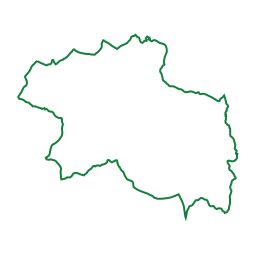 the district of Lolotoe, Bobonaro, East Timor, rotated 177°
{"feature_id": "22284137B16004980931012", "entity_name": "Lolotoe", "entity_type": "district", "adm_level": 2, "iso_a3": "TLS", "parent_name": "East Timor", "parent_adm1": "Bobonaro", "projection": "natural_earth1", "projection_center": [125.249, -9.146], "detail": "fine", "context": "isolated", "style": "outline", "palette": "green", "viewbox_px": 256, "rotation_deg": 177, "n_neighbors": 0, "source": "geoboundaries", "source_scale": "gbopen_adm2", "svg_char_len": 5749}
<svg xmlns="http://www.w3.org/2000/svg" viewBox="0 0 256 256"><g transform="rotate(177 128 128)"><path d="M75.0,35.3L74.4,37.5L73.6,41.3L73.0,42.6L70.6,46.7L68.5,47.2L67.6,47.7L64.3,52.1L63.8,52.3L61.6,52.3L59.8,53.8L58.6,54.3L57.7,54.2L56.5,53.6L56.0,53.0L55.3,52.5L53.9,52.4L52.9,51.7L52.3,50.8L50.8,46.4L50.4,46.1L49.3,45.5L48.7,45.4L47.2,45.7L46.2,45.2L45.5,43.8L43.8,42.4L43.1,42.4L41.9,43.1L39.6,42.8L39.1,42.5L38.5,41.7L37.8,40.1L36.5,39.5L35.8,38.1L35.0,38.5L34.1,38.6L33.4,39.1L31.4,41.9L31.3,43.7L30.3,46.4L30.1,47.8L29.9,50.2L29.9,53.4L29.8,55.1L28.6,57.5L28.1,59.0L28.0,59.6L28.1,60.3L28.7,61.5L28.9,62.2L29.0,63.2L28.8,64.7L27.7,67.0L27.2,69.2L26.5,70.2L26.0,70.6L23.7,71.7L23.1,72.4L23.1,73.0L24.0,74.1L24.7,76.3L26.2,78.3L26.5,79.0L27.5,80.1L28.6,80.8L28.9,81.3L29.2,82.7L29.1,83.1L28.5,84.0L28.5,84.6L28.8,85.5L30.1,87.6L30.3,88.3L30.3,89.6L30.1,89.9L29.2,90.2L26.1,89.3L24.9,89.2L23.5,89.6L22.7,90.1L21.8,90.8L20.8,92.3L20.6,93.1L20.6,95.2L20.1,96.4L20.9,96.8L21.4,96.6L21.5,96.7L21.6,97.2L20.7,98.9L20.8,99.7L20.9,100.0L21.6,100.5L22.5,101.6L21.7,105.5L23.1,111.2L23.7,112.4L25.6,114.2L26.0,114.4L26.1,114.8L26.3,116.0L26.0,122.0L26.3,122.4L26.6,122.5L26.8,123.1L26.8,123.7L26.7,124.8L27.0,125.3L28.3,125.7L28.6,126.0L29.1,126.9L30.0,127.8L30.4,128.7L30.3,130.1L29.7,131.4L29.7,133.0L29.5,134.1L30.0,134.5L30.0,134.9L29.5,135.0L29.4,135.6L29.4,136.2L29.7,136.7L30.0,136.8L29.7,137.4L29.9,138.1L29.6,138.3L29.4,139.4L29.0,139.9L28.7,139.9L28.5,140.0L28.4,140.6L28.4,141.5L28.3,142.2L27.3,143.4L26.9,144.2L27.4,145.8L28.6,147.2L28.6,148.0L29.5,152.8L30.3,155.5L32.0,153.6L33.9,152.4L34.5,151.8L34.9,150.7L35.4,150.0L36.4,150.0L37.6,150.6L39.3,152.0L43.0,154.4L49.2,157.8L50.7,158.3L51.6,158.3L53.3,158.0L54.1,158.1L54.6,158.3L55.7,160.0L56.2,160.1L57.5,159.4L58.4,159.3L59.0,159.5L61.0,160.6L63.3,161.3L64.2,161.3L65.5,160.9L67.9,160.7L68.9,160.9L69.7,161.2L70.5,161.8L71.2,162.6L72.6,163.7L74.9,164.2L80.1,167.1L81.8,167.4L83.3,167.4L84.1,167.6L85.0,168.2L85.5,169.1L86.0,169.6L86.8,170.1L87.9,171.6L90.3,173.5L90.6,174.0L91.2,178.2L91.7,180.3L92.9,182.5L92.8,184.2L92.5,185.1L91.1,186.6L90.3,188.1L89.6,188.7L88.6,189.1L88.2,189.7L88.8,191.6L88.4,193.8L87.6,196.8L85.3,201.9L85.2,203.9L85.3,205.7L86.0,208.0L86.3,208.6L87.0,209.4L89.4,210.5L92.2,211.4L94.1,212.9L96.2,214.2L97.4,214.4L98.3,214.1L99.3,213.5L100.0,213.4L100.4,213.5L100.8,213.8L101.4,214.9L102.3,215.0L102.7,215.5L101.5,216.5L101.8,217.1L102.5,217.2L102.9,217.4L103.6,218.2L104.1,218.3L104.7,217.8L105.4,216.4L104.8,214.7L104.8,214.2L105.3,213.9L106.5,214.4L107.1,214.2L108.0,213.0L108.7,212.5L109.5,212.3L110.4,212.8L111.0,213.7L111.3,214.4L112.3,217.7L113.8,218.3L115.6,220.7L116.5,220.1L117.0,219.6L118.5,219.5L119.8,218.9L120.9,216.6L121.5,215.7L123.0,214.5L124.0,213.3L124.7,212.7L130.6,210.4L132.0,209.6L134.8,207.5L139.8,210.9L141.2,212.2L143.8,214.1L144.9,214.8L146.1,215.4L147.4,216.7L148.1,216.9L149.0,215.4L149.7,213.9L149.9,212.8L149.9,211.2L150.1,210.3L150.2,209.7L150.7,208.9L152.7,206.7L154.2,205.3L156.2,204.1L156.9,203.2L157.6,203.0L159.7,203.2L163.8,204.0L165.5,204.0L168.8,204.9L170.0,205.1L173.1,206.1L174.1,206.5L174.7,206.9L175.4,207.6L176.2,207.8L177.8,209.4L178.4,209.1L179.0,208.6L180.1,207.1L181.0,206.5L184.1,203.2L187.0,200.9L187.6,200.6L188.4,200.6L189.0,200.0L189.8,199.4L191.5,199.0L192.7,198.5L195.8,195.9L196.9,195.4L198.4,197.6L199.1,199.8L200.0,199.7L200.4,198.9L201.1,196.8L201.8,196.1L202.6,195.6L204.1,195.7L205.1,195.3L205.6,194.9L207.0,195.1L207.9,195.7L211.3,197.3L214.1,199.0L215.9,199.2L216.4,198.9L218.3,196.9L220.2,195.4L220.8,194.6L222.0,192.6L222.9,190.7L225.3,187.7L228.0,185.1L228.2,184.5L226.6,180.0L226.5,178.8L226.6,178.0L227.1,176.4L227.4,175.8L229.6,174.4L230.1,173.9L231.1,172.0L231.6,171.4L232.0,170.5L233.1,168.7L235.9,165.0L235.9,164.4L235.1,163.0L234.7,162.6L233.2,162.5L232.2,162.1L230.1,160.9L228.7,159.3L226.4,158.7L225.5,158.3L224.8,157.7L224.5,157.0L223.0,156.1L222.6,155.2L221.7,154.5L219.7,154.5L218.2,154.0L217.4,153.5L214.0,152.3L213.6,151.9L212.9,151.5L212.0,151.9L211.4,151.9L210.4,152.2L210.1,151.9L209.8,151.0L209.3,151.4L208.3,151.2L207.6,150.6L206.2,148.9L203.2,148.2L202.4,147.7L201.8,147.1L200.3,144.1L198.7,142.8L196.8,141.8L195.2,141.3L194.1,141.5L193.7,141.3L193.5,140.3L193.5,137.6L192.8,134.9L193.6,132.8L194.0,130.4L193.8,126.8L193.9,125.8L194.3,124.3L195.1,122.8L197.5,119.8L199.2,118.2L201.3,116.7L202.3,116.1L203.2,115.9L204.7,114.9L205.5,113.5L206.5,110.7L207.7,105.9L208.0,105.2L208.9,104.3L209.8,103.7L210.9,102.8L211.6,102.6L211.3,101.6L210.6,100.8L207.9,100.4L206.4,100.8L204.9,99.9L203.4,99.7L202.9,99.4L202.0,98.9L201.1,97.9L200.6,97.1L198.5,94.6L197.1,91.7L196.9,90.6L197.6,88.1L197.5,83.4L197.4,80.8L197.2,80.1L193.8,80.7L192.9,80.9L191.4,81.9L188.8,81.7L187.8,82.1L187.2,82.5L186.6,83.1L185.3,85.0L184.7,85.4L183.7,85.8L182.3,85.9L181.6,85.8L180.3,85.4L178.5,84.4L174.4,83.0L174.0,83.6L171.6,85.2L170.0,87.3L168.7,88.3L167.2,89.1L166.4,89.8L165.5,91.0L164.5,91.8L163.5,91.9L162.8,91.3L161.3,92.1L160.3,92.2L159.1,92.1L158.2,91.6L157.7,91.7L156.2,92.7L154.9,92.8L152.7,93.4L151.2,94.4L150.7,95.0L150.4,95.6L150.2,96.7L149.9,97.0L149.4,97.1L148.4,96.8L148.0,96.4L147.4,95.5L145.8,94.6L144.3,95.4L143.3,95.6L142.8,96.0L142.2,96.3L140.9,96.4L140.6,96.1L140.3,93.1L140.0,92.5L139.7,91.4L139.3,90.4L138.5,89.5L137.1,86.6L136.6,85.9L135.1,84.7L134.2,82.5L134.0,81.5L133.8,80.7L131.6,76.9L131.2,76.5L129.8,76.2L129.0,75.6L127.1,74.8L126.4,74.2L125.7,72.7L125.7,70.1L125.4,68.7L124.7,68.0L121.4,65.7L120.1,65.0L116.0,63.1L111.7,61.4L110.6,60.6L107.6,59.1L106.9,58.6L105.5,57.1L104.8,56.7L103.9,56.5L102.8,56.0L101.1,55.7L97.9,55.6L92.5,55.9L89.9,56.2L85.6,57.4L80.9,59.1L77.9,52.1L76.8,48.8L76.3,46.4L75.4,36.6L75.0,35.3Z" fill="none" stroke="#15803d" stroke-width="2"/></g></svg>